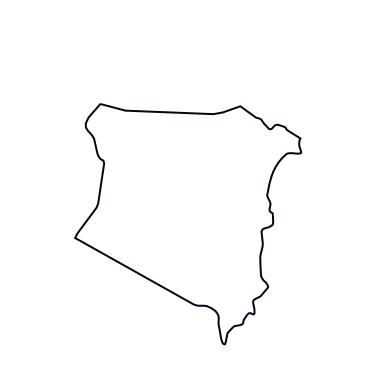 the Governorate of Kebili, rotated 41°
{"feature_id": "TUN-97", "entity_name": "Kebili", "entity_type": "Governorate", "adm_level": 1, "iso_a3": "TUN", "parent_name": "Tunisia", "parent_adm1": "", "projection": "robinson", "projection_center": [9.372, 33.366], "detail": "fine", "context": "isolated", "style": "outline", "palette": "ink", "viewbox_px": 384, "rotation_deg": 41, "n_neighbors": 0, "source": "natural_earth", "source_scale": "10m", "svg_char_len": 2404}
<svg xmlns="http://www.w3.org/2000/svg" viewBox="0 0 384 384"><g transform="rotate(41 192 192)"><path d="M102.2,227.0L99.9,226.9L97.6,226.2L95.5,225.1L83.2,216.1L79.1,214.7L73.8,214.2L69.7,213.0L66.8,209.8L65.1,203.6L65.1,186.0L66.9,184.8L88.5,174.2L157.2,119.1L163.2,111.6L172.2,95.6L191.3,93.9L195.3,92.1L196.2,92.0L197.0,92.0L201.3,93.1L208.3,93.8L209.0,93.8L209.3,93.6L209.7,93.4L210.1,93.0L210.5,92.5L210.7,91.9L210.8,91.4L210.8,88.5L210.9,87.6L211.1,87.1L211.3,86.6L211.6,86.1L212.0,85.6L212.4,85.1L214.9,83.9L219.3,82.2L220.2,82.0L222.2,82.7L223.9,82.8L238.7,80.5L239.4,82.7L240.5,84.4L242.4,86.5L243.0,87.0L248.1,90.1L248.5,90.7L248.7,91.2L248.5,91.7L248.2,92.1L246.2,94.1L242.0,97.1L240.0,98.9L239.5,99.4L239.2,99.8L238.7,100.7L238.4,101.6L237.8,107.0L237.9,112.7L238.8,118.6L240.1,123.6L241.9,128.3L244.9,134.7L250.7,144.8L251.1,145.3L251.5,145.7L252.0,146.0L256.9,148.1L258.0,148.7L259.0,149.5L259.4,149.9L260.1,151.0L261.6,153.8L262.0,154.3L262.4,154.8L262.9,155.1L263.4,155.4L263.9,155.5L264.5,155.6L266.0,155.3L266.5,155.2L267.0,155.3L267.5,155.7L272.8,161.2L273.8,162.6L274.2,163.5L274.3,164.2L274.3,164.7L274.0,165.7L273.3,167.6L273.1,168.2L270.4,172.3L270.2,172.9L270.0,173.7L270.0,174.9L270.2,175.7L270.6,176.4L279.3,184.5L280.9,186.6L285.3,195.0L286.8,197.0L291.3,201.9L297.8,208.7L299.9,210.5L302.3,211.4L304.2,211.8L305.3,211.9L306.2,211.8L307.1,211.9L308.3,212.1L310.5,212.9L311.4,213.5L312.0,214.0L312.1,214.5L312.1,215.0L312.2,225.0L312.0,226.0L311.7,227.0L310.2,230.6L309.6,232.6L309.6,233.1L309.7,233.9L310.2,234.7L310.6,235.3L311.2,235.8L315.8,239.3L318.5,242.2L318.9,243.2L318.9,243.9L318.4,244.2L317.4,244.6L316.0,244.9L315.6,245.1L315.1,245.5L314.8,245.9L314.6,246.3L314.4,246.8L314.3,247.3L314.4,249.8L314.9,254.0L315.2,255.0L316.0,256.4L316.6,257.5L316.8,258.2L316.7,258.9L316.5,259.4L315.2,261.5L312.5,264.8L312.2,265.4L311.9,265.9L311.6,268.6L311.4,274.1L311.5,275.2L311.7,275.7L316.2,283.6L316.4,284.3L316.8,285.2L316.5,285.7L316.0,286.0L315.5,286.0L315.0,286.0L314.4,285.9L313.2,285.4L310.4,283.7L298.4,274.0L294.8,269.5L294.4,269.1L293.4,268.3L292.5,267.7L290.4,267.0L288.7,266.6L287.3,266.5L283.7,266.8L280.8,267.5L278.1,268.4L275.8,269.9L271.2,273.8L270.1,274.5L267.3,275.7L136.3,302.9L134.2,303.5L134.0,303.4L132.8,299.0L131.7,285.3L130.3,266.6L128.8,262.3L117.5,244.6L107.0,228.1L104.6,226.5L102.2,227.0Z" fill="none" stroke="#020617" stroke-width="2"/></g></svg>